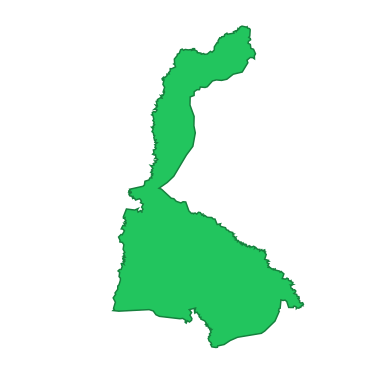 the district of Dong Charoen, Phichit, Thailand, rotated 262°
{"feature_id": "78962969B92900042333886", "entity_name": "Dong Charoen", "entity_type": "district", "adm_level": 2, "iso_a3": "THA", "parent_name": "Thailand", "parent_adm1": "Phichit", "projection": "robinson", "projection_center": [100.63, 16.0], "detail": "fine", "context": "isolated", "style": "filled", "palette": "green", "viewbox_px": 384, "rotation_deg": 262, "n_neighbors": 0, "source": "geoboundaries", "source_scale": "gbopen_adm2", "svg_char_len": 6043}
<svg xmlns="http://www.w3.org/2000/svg" viewBox="0 0 384 384"><g transform="rotate(262 192 192)"><path d="M61.7,261.8L62.4,261.2L64.4,262.1L64.6,263.1L72.8,265.1L71.9,267.0L72.0,269.1L70.4,270.6L64.2,271.7L63.5,276.2L64.6,276.6L64.7,277.7L63.6,279.3L62.0,279.1L62.6,280.0L62.1,281.7L62.9,282.8L62.6,283.6L64.2,284.6L64.0,286.0L64.7,285.7L65.3,286.7L67.0,286.1L66.9,284.1L68.0,283.1L69.1,283.6L71.7,282.2L71.8,283.3L73.5,283.3L73.9,281.6L76.0,281.4L77.3,278.8L78.8,280.8L79.8,280.9L80.9,279.9L81.0,278.0L82.2,278.0L83.2,276.6L85.4,276.7L85.7,277.5L86.2,276.8L86.4,279.2L86.8,278.4L88.4,279.3L89.2,277.8L90.5,277.7L90.1,276.9L91.2,275.3L92.7,275.2L93.5,274.0L92.7,272.5L93.7,269.3L98.1,271.6L100.9,269.2L100.3,268.1L101.5,267.7L103.2,263.4L104.2,263.6L103.7,261.9L104.5,262.0L104.8,260.1L106.2,259.1L106.8,257.0L107.6,257.9L108.5,256.8L110.3,258.2L111.3,256.6L112.6,256.7L112.7,258.3L113.2,257.6L113.7,258.1L115.2,254.6L119.8,256.8L122.0,255.5L122.4,256.3L123.3,255.0L123.4,255.9L124.6,255.9L124.0,253.5L125.2,253.1L124.1,250.8L125.7,251.1L126.0,249.0L128.2,247.4L127.5,246.2L128.7,246.7L129.7,245.5L129.1,243.4L130.3,241.9L129.5,241.6L130.8,241.0L129.9,239.5L131.0,238.0L131.7,238.7L132.8,238.0L132.3,236.9L133.5,236.2L132.8,236.1L133.4,235.5L132.7,234.5L134.2,234.6L133.8,233.6L134.7,233.8L134.6,232.9L135.7,233.3L135.6,232.1L137.3,231.2L136.7,230.3L137.6,230.5L138.4,228.8L138.5,229.4L140.2,229.1L140.5,228.2L141.2,229.0L141.1,227.7L142.2,227.7L142.3,226.6L144.2,226.7L144.6,227.7L145.2,226.4L146.2,226.7L147.7,223.1L148.8,222.9L149.8,220.8L152.0,220.2L153.8,215.9L155.2,215.1L156.6,215.9L156.3,212.4L162.0,211.0L162.3,209.3L164.0,208.0L164.8,203.7L166.8,201.6L166.5,200.4L167.5,200.6L167.7,198.9L168.5,199.4L168.3,198.5L170.5,197.3L171.0,195.6L169.5,193.6L170.8,192.1L170.2,190.4L170.9,190.0L170.8,188.5L173.7,186.3L183.0,184.4L183.6,181.8L182.7,179.5L185.0,175.1L187.9,173.1L188.7,170.6L199.1,162.1L200.3,159.8L204.9,168.8L210.1,176.1L229.4,191.6L237.1,199.2L250.1,203.5L257.4,203.1L266.6,204.6L278.4,202.1L286.4,203.4L287.3,207.5L291.0,208.1L292.6,211.1L292.3,213.6L294.8,214.8L293.7,219.5L294.1,221.8L299.1,227.7L299.6,231.7L298.4,236.8L298.8,242.2L302.9,249.2L303.8,258.4L312.2,265.3L314.9,264.8L317.1,268.3L316.6,270.9L315.2,272.4L318.1,272.7L320.0,274.1L324.8,272.8L326.0,270.3L330.0,270.3L331.5,268.2L333.3,268.8L334.6,271.2L336.0,271.1L337.2,269.7L338.3,270.9L344.6,272.2L345.8,271.7L346.6,269.8L348.0,269.6L347.7,268.9L349.3,264.6L348.7,262.6L346.9,261.1L347.6,260.3L345.7,259.6L345.6,258.2L344.9,258.1L345.5,257.5L344.8,255.3L343.5,255.6L343.3,249.1L344.4,248.7L343.4,246.3L341.6,245.5L341.6,243.1L340.5,242.0L340.9,241.0L338.4,239.0L336.2,238.5L336.4,237.6L332.6,234.3L329.5,233.8L327.6,231.3L328.7,229.8L326.5,226.4L326.6,223.5L327.5,222.9L327.2,220.4L328.3,220.2L329.3,216.6L330.6,216.7L332.7,214.1L333.6,214.4L333.8,213.4L332.7,213.3L333.2,212.7L332.5,212.7L332.3,211.3L333.2,211.6L333.2,208.1L334.1,205.2L333.5,203.3L334.9,202.2L334.4,200.5L331.1,198.7L330.5,196.6L329.2,196.4L326.1,193.0L321.7,192.7L321.3,191.7L320.2,192.8L318.2,193.1L316.9,189.0L317.2,187.6L314.7,187.2L313.5,185.5L312.2,185.9L312.2,183.5L310.9,183.6L310.0,182.4L309.2,181.3L309.7,180.1L308.0,179.6L309.1,179.1L308.3,178.1L306.9,178.4L306.7,179.8L302.5,178.2L299.6,179.5L295.0,177.3L294.5,177.7L295.3,178.6L294.8,178.7L291.9,177.0L292.3,175.9L291.0,175.5L291.7,174.4L289.2,175.3L289.7,173.9L288.7,171.3L288.0,170.5L286.9,170.8L286.7,169.2L282.3,169.7L283.1,168.0L281.0,169.1L279.1,166.1L279.1,167.6L278.0,168.8L276.2,166.9L276.9,165.5L276.3,163.8L274.4,163.8L274.0,162.8L273.0,164.0L269.4,164.3L268.2,163.2L266.4,164.3L264.8,163.3L263.8,164.3L262.6,162.6L261.7,162.9L261.8,161.0L259.8,162.4L257.3,160.8L256.2,161.9L253.5,162.0L253.1,162.8L251.3,161.8L248.5,162.1L248.6,163.6L246.4,162.2L245.6,164.4L244.0,161.7L243.1,162.5L241.2,161.5L240.4,162.6L239.1,161.3L239.0,159.6L235.9,159.8L234.9,158.3L233.8,160.0L234.0,161.1L231.4,161.1L230.2,159.8L230.1,161.5L229.1,162.6L227.8,160.8L228.0,159.4L226.3,160.5L225.5,157.7L224.1,158.2L223.5,155.9L224.0,154.7L220.8,156.6L219.4,155.0L218.4,155.8L217.3,153.9L215.4,155.7L215.1,154.5L213.9,155.1L213.3,153.8L211.6,154.1L211.8,152.3L209.9,151.0L209.2,146.9L205.5,145.8L204.5,144.2L203.4,130.7L202.6,131.1L201.8,129.5L201.0,129.5L200.6,131.7L199.7,131.8L199.7,129.4L198.7,130.1L198.2,129.3L196.7,130.0L196.2,131.9L194.2,132.3L195.0,133.0L194.0,133.0L193.8,134.2L191.9,135.0L192.7,139.1L191.7,139.9L190.0,140.6L188.6,139.5L186.8,142.1L184.0,140.0L181.8,141.1L180.2,139.5L178.5,139.9L180.7,138.4L179.6,135.8L181.9,135.3L183.1,136.3L182.1,132.8L184.3,124.7L176.8,120.5L175.6,120.5L175.9,122.0L175.0,121.5L173.0,122.6L172.1,121.3L171.1,122.5L169.9,122.2L170.6,120.2L167.9,121.1L168.4,118.9L165.3,116.8L164.9,118.3L163.0,119.7L159.4,117.0L159.8,115.8L157.6,113.0L154.2,114.0L152.6,113.6L151.8,116.0L149.3,117.2L144.9,115.8L141.5,117.1L140.7,115.6L138.9,116.3L138.2,115.2L138.0,116.4L137.1,116.5L136.9,115.6L136.5,116.4L135.7,114.2L134.6,114.4L134.3,115.7L132.9,114.4L132.7,115.7L131.0,114.1L130.1,114.4L131.1,113.2L130.9,112.0L127.9,112.5L125.2,111.1L125.3,109.4L124.1,107.8L122.6,109.2L118.3,108.0L116.7,109.1L114.6,108.8L110.3,106.8L109.2,105.4L106.0,104.9L102.7,101.7L101.4,102.2L98.1,99.2L93.6,100.8L87.7,98.1L86.6,98.7L85.6,97.3L84.2,102.9L81.5,133.2L79.6,137.1L75.5,139.2L73.4,142.4L68.2,162.3L68.1,165.3L65.9,167.8L64.0,167.1L63.0,168.0L65.2,169.4L63.6,171.4L65.0,173.7L66.7,174.3L70.3,172.8L72.7,174.8L75.9,172.9L76.6,179.4L75.0,178.9L75.2,178.0L72.2,177.9L72.8,178.5L71.9,178.8L72.2,180.3L69.6,181.4L69.6,182.3L67.6,181.7L66.5,182.5L66.7,183.3L64.9,183.1L62.7,186.6L60.2,187.9L59.1,187.0L58.9,188.2L58.1,187.7L58.4,188.8L57.1,188.2L57.0,189.3L55.2,189.4L55.2,190.6L53.6,190.5L53.9,191.6L53.1,191.5L53.0,192.3L52.0,190.9L50.3,191.3L49.0,189.5L47.5,190.2L46.6,188.5L46.0,189.0L44.9,187.7L42.1,188.2L40.2,189.9L38.4,190.2L38.4,189.3L35.9,190.1L34.7,194.0L34.7,195.6L36.0,196.0L36.5,202.6L39.6,209.1L41.8,216.9L42.4,241.0L44.2,244.7L52.6,256.2L61.7,261.8Z" fill="#22c55e" stroke="#15803d" stroke-width="1.5"/></g></svg>